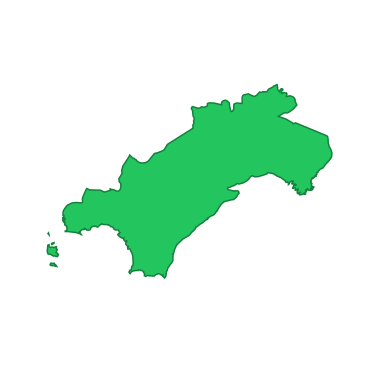 the district of Botum Sakor, Kaôh Kong, Cambodia, rotated 31°
{"feature_id": "14789045B91136996845349", "entity_name": "Botum Sakor", "entity_type": "district", "adm_level": 2, "iso_a3": "KHM", "parent_name": "Cambodia", "parent_adm1": "Kaôh Kong", "projection": "natural_earth1", "projection_center": [103.368, 11.059], "detail": "fine", "context": "isolated", "style": "filled", "palette": "green", "viewbox_px": 384, "rotation_deg": 31, "n_neighbors": 0, "source": "geoboundaries", "source_scale": "gbopen_adm2", "svg_char_len": 6053}
<svg xmlns="http://www.w3.org/2000/svg" viewBox="0 0 384 384"><g transform="rotate(31 192 192)"><path d="M278.8,74.4L245.1,79.4L243.6,81.5L242.8,81.0L235.5,81.0L227.1,82.7L230.2,76.8L233.0,75.0L233.9,73.8L236.0,69.1L237.1,63.5L233.8,61.2L232.5,59.4L231.0,58.7L229.2,58.4L226.0,59.2L225.1,60.6L223.7,61.5L223.0,59.2L221.9,58.4L221.2,59.1L219.4,59.4L218.3,61.3L217.0,59.6L216.8,59.0L217.3,57.8L217.0,57.2L215.8,57.1L215.3,57.5L215.0,59.1L215.6,60.7L215.0,60.2L214.1,60.6L212.3,59.7L211.4,58.0L210.7,57.6L210.0,56.3L209.4,56.2L208.1,58.6L207.5,59.0L207.2,60.4L204.7,64.4L204.5,67.4L204.1,67.9L201.1,69.5L200.1,71.0L198.4,71.5L197.6,75.7L196.4,77.8L194.7,78.4L189.7,78.9L186.4,82.0L185.9,83.2L186.3,85.3L189.4,90.2L184.4,92.8L182.9,94.5L183.0,96.1L185.0,99.1L185.1,101.5L184.6,102.6L183.8,102.6L182.9,102.0L180.1,99.1L178.2,96.5L175.6,95.8L173.4,96.1L172.1,97.3L171.2,99.1L171.4,100.3L172.5,102.0L165.4,104.3L161.0,106.6L159.7,108.2L160.8,110.4L159.3,112.5L158.5,113.2L156.2,114.1L155.6,115.7L154.3,117.0L148.5,118.5L148.1,119.6L148.6,121.0L150.3,121.7L153.8,126.3L156.3,127.9L156.7,130.2L158.1,132.0L158.3,134.3L160.0,136.8L146.4,163.9L146.4,169.7L145.9,171.4L142.3,176.1L140.0,178.3L138.6,188.0L137.0,190.9L133.6,193.3L131.4,193.9L129.2,193.8L127.2,193.1L126.2,193.3L124.9,193.0L123.7,193.4L119.6,192.4L119.8,194.5L119.4,205.5L120.7,209.8L122.5,212.2L122.5,218.4L124.4,220.8L126.6,221.4L128.4,224.3L129.1,226.6L128.7,228.6L127.7,229.9L123.6,230.4L121.9,231.1L121.5,232.0L120.5,231.3L120.2,231.5L120.9,232.6L120.7,233.1L117.3,236.9L115.6,237.4L112.6,237.6L103.2,242.9L100.1,243.1L99.9,244.1L101.1,253.0L101.7,254.6L103.4,257.0L103.4,257.5L102.7,258.4L98.3,260.5L94.6,263.4L92.2,267.1L91.7,268.9L91.4,272.2L91.5,274.5L91.8,275.6L93.4,278.4L94.2,278.1L94.8,278.6L94.4,280.5L94.7,281.1L95.2,281.0L96.1,279.8L97.4,280.7L97.2,281.7L96.6,282.0L95.5,281.7L95.5,282.6L95.9,282.9L97.0,282.8L96.7,283.4L96.9,283.8L98.8,283.5L98.7,284.4L99.3,284.8L99.9,285.7L100.5,285.5L101.4,285.9L102.4,285.9L102.6,286.6L103.4,287.1L104.3,288.9L103.9,290.3L103.4,290.8L103.8,291.2L105.6,290.0L113.7,286.4L116.9,285.7L116.9,284.2L116.1,284.4L115.9,284.0L116.5,283.4L116.8,281.5L117.9,280.2L119.0,279.7L119.1,279.4L118.5,278.8L119.6,278.2L120.6,278.7L121.7,278.8L123.5,277.6L124.1,276.8L124.1,275.9L123.7,275.4L124.3,273.0L125.7,271.6L126.4,271.6L127.3,270.7L128.0,271.0L129.3,270.6L130.2,267.2L131.1,266.2L131.1,265.7L133.0,265.5L135.6,263.8L137.5,263.4L137.5,263.2L138.8,263.1L140.3,263.6L141.5,263.0L143.7,263.4L143.9,263.9L144.8,264.1L146.5,263.8L147.1,263.0L148.6,262.6L150.7,263.9L151.2,263.8L151.1,265.1L150.4,265.4L150.4,266.9L153.8,267.7L157.0,267.3L157.3,266.7L158.0,268.0L160.2,268.8L160.9,268.8L160.9,267.7L161.5,267.7L161.6,269.9L162.2,270.9L164.5,271.6L164.9,272.0L165.3,271.4L165.7,271.5L165.4,272.8L166.5,274.0L167.9,272.8L172.5,275.7L174.4,277.6L177.4,282.1L178.2,282.7L178.0,283.0L179.2,285.5L178.8,286.0L178.8,287.2L179.9,289.6L179.7,290.4L179.1,290.9L179.1,292.6L179.4,293.3L180.6,293.8L181.1,293.8L181.1,291.7L182.8,289.2L183.5,289.1L183.8,288.5L186.3,287.0L186.5,286.1L187.0,285.8L190.1,285.1L191.8,285.3L192.0,286.0L193.8,286.7L194.2,288.3L195.8,288.2L197.2,286.1L198.9,285.8L199.9,284.9L201.1,284.6L203.1,283.3L203.4,281.6L205.2,279.4L206.6,278.9L209.6,278.9L209.8,278.2L210.4,279.3L212.8,279.8L213.0,277.8L211.1,273.3L211.2,272.1L210.5,270.0L210.7,265.1L211.1,263.6L211.0,260.8L208.4,256.2L207.5,255.3L208.0,255.0L207.9,254.4L206.6,249.7L206.1,245.1L206.5,244.7L206.6,242.8L207.0,242.1L208.6,236.5L211.9,230.8L212.4,227.2L213.7,222.7L213.7,221.0L213.4,219.8L214.0,219.5L215.5,215.5L216.9,213.0L218.3,208.7L219.4,207.5L219.4,206.1L219.0,206.1L219.6,205.5L219.6,204.6L222.6,200.0L223.0,197.4L222.8,196.6L223.3,195.6L223.1,191.1L223.4,187.4L224.3,184.2L227.1,180.9L227.5,180.9L228.8,179.3L231.5,177.1L232.8,173.3L232.6,171.4L233.0,168.8L231.6,167.5L230.2,167.6L227.3,169.6L222.3,171.2L220.7,171.0L220.5,169.5L222.0,168.6L223.3,166.3L224.6,165.2L226.4,161.6L228.4,160.8L231.3,157.6L233.4,153.9L234.0,152.0L234.4,148.5L235.1,147.1L237.7,146.7L240.8,144.8L246.8,138.1L247.2,136.2L253.0,134.2L253.6,134.1L253.9,134.6L255.2,134.3L256.3,134.6L260.7,133.9L266.5,134.4L266.7,135.0L267.4,135.2L268.5,134.9L268.7,134.3L270.3,134.7L270.8,135.8L271.2,134.7L270.7,133.1L270.8,132.6L271.7,132.0L272.1,130.9L273.1,130.6L273.6,131.0L273.1,133.2L273.6,133.6L276.5,132.0L277.5,132.1L277.3,133.2L276.1,133.6L275.8,134.2L276.3,136.9L276.9,136.7L277.7,135.5L278.1,135.5L278.9,135.8L279.4,137.3L279.7,137.3L281.2,134.8L282.0,135.5L281.6,136.9L282.8,138.7L283.2,138.9L283.6,138.5L284.8,136.6L285.0,137.0L284.9,138.3L285.2,139.0L285.6,139.0L287.2,138.0L288.4,136.4L290.3,135.7L290.4,135.3L288.9,135.1L289.8,133.1L288.4,132.2L288.4,131.9L289.6,131.5L289.2,129.7L289.4,129.6L290.2,130.4L291.4,130.3L292.5,129.8L293.7,128.6L293.4,128.2L294.0,127.6L294.0,127.2L292.0,128.0L291.8,127.7L292.1,126.7L293.3,126.5L293.9,125.0L291.0,125.2L290.4,123.0L289.8,123.3L288.8,122.3L289.0,121.7L288.8,121.5L288.0,121.3L287.8,119.2L287.9,118.2L288.4,118.6L288.7,118.2L288.7,117.0L289.1,117.0L289.6,115.2L289.2,114.6L289.4,113.9L290.1,114.7L290.3,114.5L289.8,113.7L290.0,113.0L289.7,112.2L288.9,111.2L289.8,110.2L289.6,109.5L290.1,106.5L291.9,103.8L292.2,99.7L293.3,94.7L293.6,90.6L293.4,89.6L291.7,86.3L288.9,83.9L286.0,82.2L283.5,79.7L280.7,75.7L279.6,74.6L278.8,74.4ZM105.1,310.6L104.6,310.2L104.1,308.8L103.7,308.8L102.2,310.7L100.6,311.1L99.2,312.4L97.6,312.3L97.0,311.4L96.7,311.9L96.5,311.0L95.8,311.8L98.2,316.9L99.3,318.4L100.7,319.3L102.5,318.3L106.3,318.3L107.2,317.5L109.6,317.0L110.0,315.9L109.8,314.5L109.4,314.2L108.8,314.5L107.9,313.8L106.8,313.9L106.2,311.9L106.3,311.0L105.9,310.5L105.1,310.6ZM111.7,324.7L110.7,324.0L108.7,325.4L108.1,325.3L107.7,325.6L107.7,327.3L108.7,327.8L111.9,326.1L112.9,326.1L114.4,325.5L112.7,324.7L111.7,324.7ZM98.9,309.3L100.2,307.0L99.8,306.4L98.3,308.2L98.4,309.1L98.9,309.3ZM91.5,302.4L90.8,301.6L90.0,301.0L90.0,301.9L91.5,302.4ZM119.2,285.5L118.7,285.2L117.9,285.4L118.5,285.7L119.2,285.5Z" fill="#22c55e" stroke="#15803d" stroke-width="1.5"/></g></svg>